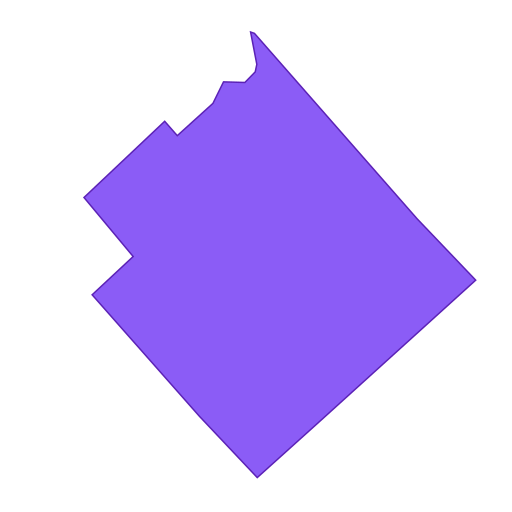 Clay, Illinois, United States of America (Albers equal-area conic projection), rotated 227°
{"feature_id": "52423323B31422881251864", "entity_name": "Clay", "entity_type": "district", "adm_level": 2, "iso_a3": "USA", "parent_name": "United States of America", "parent_adm1": "Illinois", "projection": "albers", "projection_center": [-88.411, 38.757], "detail": "fine", "context": "isolated", "style": "filled", "palette": "violet", "viewbox_px": 512, "rotation_deg": 227, "n_neighbors": 0, "source": "geoboundaries", "source_scale": "gbopen_adm2", "svg_char_len": 383}
<svg xmlns="http://www.w3.org/2000/svg" viewBox="0 0 512 512"><g transform="rotate(227 256 256)"><path d="M93.1,105.8L91.6,190.1L88.5,400.2L173.4,399.2L419.9,406.7L423.5,404.8L395.6,387.3L391.2,381.0L390.5,366.2L405.5,351.0L397.0,328.6L397.7,280.5L416.8,281.1L416.1,170.1L339.4,165.8L339.4,109.7L177.3,105.3L93.1,105.8Z" fill="#8b5cf6" stroke="#5b21b6" stroke-width="1.5"/></g></svg>